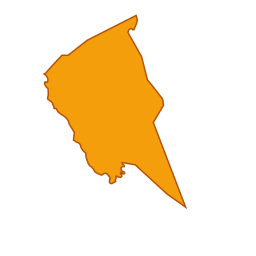 the district of San Mateo Sindihui, Oaxaca, Mexico, rotated 153°
{"feature_id": "50627088B43932249609701", "entity_name": "San Mateo Sindihui", "entity_type": "district", "adm_level": 2, "iso_a3": "MEX", "parent_name": "Mexico", "parent_adm1": "Oaxaca", "projection": "natural_earth1", "projection_center": [-97.342, 17.027], "detail": "medium", "context": "isolated", "style": "filled", "palette": "amber", "viewbox_px": 256, "rotation_deg": 153, "n_neighbors": 0, "source": "geoboundaries", "source_scale": "gbopen_adm2", "svg_char_len": 1870}
<svg xmlns="http://www.w3.org/2000/svg" viewBox="0 0 256 256"><g transform="rotate(153 128 128)"><path d="M178.3,214.2L177.3,212.6L177.0,211.3L176.9,209.4L177.1,208.3L177.6,207.1L178.7,205.5L179.7,205.6L180.3,206.4L181.0,206.7L181.4,206.6L182.1,205.4L182.4,204.6L182.4,203.9L182.1,201.2L181.7,200.2L181.5,199.2L181.8,198.3L183.9,193.8L186.0,191.2L186.3,190.6L186.3,189.8L184.3,186.1L184.0,184.4L184.1,183.7L184.4,182.5L184.3,181.1L184.4,180.3L185.0,179.0L184.5,178.4L183.9,178.4L183.4,178.2L183.2,177.6L183.0,176.5L183.2,175.0L183.1,174.4L181.4,170.6L180.2,168.8L179.3,167.1L178.3,164.1L178.0,162.0L178.0,161.2L178.6,158.5L177.8,148.4L182.1,142.0L180.3,138.9L179.2,137.6L178.4,136.4L178.1,134.5L178.2,133.6L178.7,132.7L178.6,131.6L178.7,131.1L178.5,129.4L178.2,127.6L177.0,124.8L178.7,120.9L179.5,114.9L179.3,112.2L178.9,110.9L178.3,110.2L177.6,107.6L177.3,104.0L176.6,102.4L173.4,98.4L172.1,97.9L170.5,98.4L169.9,98.3L169.2,98.1L168.4,97.7L168.2,97.4L167.9,97.3L167.5,96.4L166.9,94.2L166.7,92.1L166.9,91.2L167.2,90.7L167.9,90.4L168.3,89.4L168.7,89.1L169.1,88.4L169.2,87.8L169.1,87.2L168.7,86.4L167.4,85.8L165.8,86.0L163.4,85.8L162.9,87.4L161.7,88.4L161.1,89.5L160.8,90.3L160.4,90.5L159.6,89.9L159.4,89.2L157.3,87.4L156.0,87.5L155.4,87.9L155.1,88.9L155.2,91.1L155.0,91.6L154.6,91.9L154.2,91.5L153.8,90.9L153.8,90.2L153.2,89.2L152.5,89.0L151.7,89.1L151.3,89.7L151.4,90.6L152.3,91.7L153.0,92.8L152.9,94.2L152.4,95.5L151.6,96.1L150.2,95.9L148.7,95.3L148.5,95.6L148.5,96.6L149.1,98.0L149.2,98.7L148.9,99.9L138.3,92.0L123.2,51.5L112.6,31.3L103.0,121.4L86.1,132.1L84.3,137.1L84.1,138.5L87.2,154.7L88.8,162.1L86.6,172.0L83.5,185.4L84.7,213.3L82.8,215.0L81.3,215.4L80.0,215.1L79.6,214.6L79.1,213.3L78.1,212.9L73.0,217.2L70.6,220.0L69.7,224.6L124.4,224.7L148.4,220.0L153.8,222.8L167.9,217.7L176.4,214.3L178.3,214.2Z" fill="#f59e0b" stroke="#b45309" stroke-width="1.5"/></g></svg>